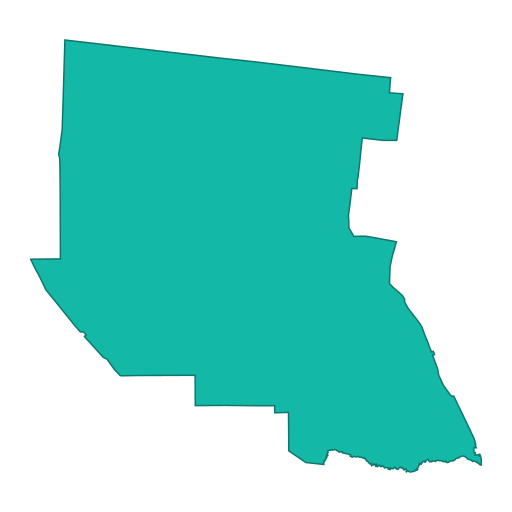 outline of Ischilín, Córdoba, Argentina
{"feature_id": "61730980B34793654756209", "entity_name": "Ischilín", "entity_type": "district", "adm_level": 2, "iso_a3": "ARG", "parent_name": "Argentina", "parent_adm1": "Córdoba", "projection": "albers", "projection_center": [-64.311, -30.414], "detail": "fine", "context": "isolated", "style": "filled", "palette": "teal", "viewbox_px": 512, "rotation_deg": 0, "n_neighbors": 0, "source": "geoboundaries", "source_scale": "gbopen_adm2", "svg_char_len": 5948}
<svg xmlns="http://www.w3.org/2000/svg" viewBox="0 0 512 512"><path d="M323.8,464.5L323.9,464.0L323.6,463.5L323.6,463.0L323.6,462.4L323.9,462.1L324.3,461.8L324.2,461.6L324.3,461.4L324.6,461.1L324.4,460.9L324.5,460.6L324.8,460.5L325.0,460.4L325.1,459.8L325.6,459.8L325.8,458.8L326.1,458.4L326.1,458.1L326.3,458.1L326.4,457.6L326.8,457.2L326.4,457.0L326.4,456.8L326.5,456.7L326.4,456.5L326.5,456.4L326.6,455.8L326.8,455.8L327.0,455.9L327.6,455.6L327.4,455.4L327.6,455.1L327.7,454.9L327.4,454.8L327.2,454.5L326.8,454.3L326.9,453.9L327.1,453.6L327.8,453.1L328.0,452.7L327.9,452.4L328.0,452.3L327.6,451.7L327.7,451.1L328.4,450.8L328.8,450.4L329.0,450.3L330.1,450.3L331.1,450.0L332.0,449.8L332.8,450.1L333.7,450.0L334.7,449.5L335.5,449.8L336.5,449.9L336.7,450.3L337.0,450.5L337.2,450.8L338.0,451.1L338.5,451.8L339.0,452.0L339.3,452.0L339.4,451.6L339.7,451.6L340.1,451.9L341.0,451.7L341.7,452.0L342.2,451.7L342.4,451.9L342.6,452.9L342.9,453.0L343.1,453.1L343.3,453.0L344.2,453.0L344.3,453.2L344.7,453.2L345.1,453.4L346.4,453.8L347.0,453.7L347.9,454.0L348.6,454.0L348.7,454.3L349.9,454.6L350.4,454.9L350.4,455.2L350.6,455.3L350.2,455.8L350.2,456.1L350.3,456.3L350.8,456.4L351.9,457.0L352.3,457.1L353.0,456.9L353.5,456.4L354.2,456.3L354.7,456.5L355.1,456.8L355.3,456.6L355.5,456.7L355.9,456.6L356.7,456.9L357.1,456.9L357.6,456.8L358.3,456.4L358.4,456.5L358.6,456.7L359.1,456.9L359.7,457.3L359.9,457.4L360.5,457.1L360.9,457.1L361.2,457.2L361.3,457.4L362.6,457.8L362.8,457.7L363.4,457.6L363.7,458.2L364.2,458.1L364.4,458.2L364.6,458.5L365.3,458.4L365.5,458.6L365.4,459.3L365.5,459.7L366.4,460.0L366.6,460.2L366.9,461.2L368.1,461.5L368.2,462.0L368.3,462.3L369.1,463.0L369.6,463.8L370.0,464.0L370.7,463.5L371.0,463.4L371.1,464.0L371.4,464.5L371.4,465.1L371.5,465.6L371.7,465.8L372.0,465.4L372.4,464.6L373.0,464.0L373.5,464.0L373.7,464.8L374.0,465.1L374.7,464.3L375.6,465.1L375.8,465.1L375.8,464.5L375.9,464.3L376.4,464.0L376.7,464.2L376.8,464.5L376.4,464.9L376.2,465.4L375.7,465.7L375.6,466.2L375.7,466.4L376.5,466.2L377.2,466.7L377.5,466.7L377.8,466.5L378.0,465.9L378.4,465.6L379.9,465.3L379.8,465.8L380.0,466.0L380.7,466.6L381.1,466.7L381.5,466.5L382.3,465.7L382.5,465.8L382.7,466.2L383.8,466.7L384.1,467.3L384.2,467.7L384.4,467.9L384.7,467.7L385.8,467.6L386.5,467.7L387.3,467.6L388.3,467.8L388.3,468.1L388.0,468.7L388.0,468.9L388.2,469.2L388.4,469.1L388.8,468.4L389.6,468.4L389.8,468.2L390.3,468.1L390.4,468.4L390.0,468.5L389.7,469.1L389.7,469.4L390.2,469.6L390.6,469.2L390.8,468.7L391.3,468.4L391.4,468.2L391.8,468.2L392.3,468.6L392.8,468.5L393.3,468.7L394.0,468.1L394.0,467.7L394.8,467.4L395.4,467.5L395.7,467.7L395.8,468.0L395.9,468.6L396.9,468.8L397.1,469.2L397.2,469.4L397.8,469.3L398.5,469.0L399.0,468.1L399.2,467.4L400.0,467.1L400.3,467.1L401.4,468.0L401.7,468.0L401.9,467.4L402.4,467.5L402.7,467.7L403.0,468.7L404.0,469.9L404.8,469.4L405.0,468.8L406.0,468.8L406.5,469.7L406.4,470.1L406.5,470.5L406.1,471.2L406.1,471.6L406.2,471.8L406.5,471.9L406.8,471.5L406.8,470.9L407.3,470.7L407.7,470.9L409.0,471.6L410.2,472.0L410.8,472.0L411.7,471.8L412.3,471.5L413.1,471.6L414.6,471.1L415.2,470.8L415.0,470.3L415.2,470.0L415.8,470.2L416.5,470.3L417.3,469.9L417.7,469.7L417.6,469.2L417.2,468.9L417.0,468.6L417.4,468.4L417.8,468.0L418.1,467.2L418.4,466.1L419.5,465.0L419.5,464.8L419.4,464.4L419.2,464.1L419.5,463.4L420.1,463.4L420.3,463.9L420.6,463.9L420.6,464.1L421.2,464.2L421.4,463.8L421.1,463.2L422.0,462.6L422.9,462.2L422.7,462.3L422.5,461.8L423.1,461.5L424.6,461.2L424.9,461.5L424.7,461.8L424.7,462.0L424.8,462.2L425.1,462.2L426.0,461.2L426.4,460.2L427.3,459.7L428.1,459.4L428.5,459.5L428.6,460.0L428.5,460.4L428.7,460.7L429.2,461.2L429.4,461.6L429.6,461.8L430.4,461.6L431.3,461.8L431.6,461.8L432.2,461.3L432.4,460.8L432.7,461.0L434.8,461.1L435.3,461.2L435.6,461.5L435.9,461.3L436.1,460.9L436.1,460.6L436.3,460.4L437.8,460.3L439.2,460.7L440.7,460.6L443.8,461.8L444.5,461.6L445.0,461.1L445.5,461.0L445.9,461.2L446.1,462.3L446.3,462.4L447.9,462.5L449.5,461.7L450.4,461.0L451.2,460.6L451.8,461.0L453.3,460.8L453.8,460.5L454.2,460.0L454.4,459.9L454.9,459.9L455.6,458.9L456.0,458.7L457.0,458.2L457.9,458.2L458.9,457.7L459.9,457.0L461.3,456.3L462.2,456.0L464.2,456.2L465.1,456.7L465.7,457.4L466.6,457.8L467.5,458.8L468.1,459.3L470.8,460.0L471.2,460.3L471.8,460.5L472.2,461.2L472.8,461.5L473.1,461.4L473.3,461.4L473.9,461.1L474.6,461.0L475.2,461.5L475.5,461.6L475.7,461.9L476.3,462.0L476.7,462.4L477.6,462.3L477.8,462.9L478.0,463.2L478.8,463.7L479.7,464.6L480.3,464.5L480.7,465.0L481.3,465.0L481.3,462.7L481.1,458.1L480.4,455.8L479.8,454.3L479.6,454.3L480.3,455.9L479.8,456.1L479.3,454.8L475.1,455.0L475.3,452.6L474.0,452.5L473.9,449.7L473.8,448.8L474.3,447.4L475.3,447.7L476.3,447.8L475.1,444.2L475.7,444.0L474.7,441.3L474.9,441.1L473.9,438.0L470.7,431.3L453.7,396.0L451.6,396.2L451.3,396.0L448.9,393.0L444.1,386.3L443.4,385.3L442.4,383.2L438.8,375.3L438.6,374.5L437.8,369.9L437.5,368.6L432.6,355.3L432.9,355.3L434.5,354.5L433.3,351.3L431.7,352.0L431.5,351.6L431.3,351.7L426.7,339.4L425.0,335.6L422.0,327.2L420.0,323.8L416.4,319.0L408.2,308.5L404.7,302.1L404.5,301.4L404.7,300.0L404.6,299.3L404.4,298.7L402.5,295.8L400.9,294.1L392.8,287.1L389.5,283.6L389.7,276.5L390.1,266.4L392.3,256.2L396.4,241.8L372.9,237.4L365.4,236.2L353.8,236.3L348.8,227.7L348.8,221.7L348.4,215.5L349.9,204.6L351.8,188.5L357.0,188.7L357.3,184.0L357.3,179.8L358.0,177.4L359.7,162.8L360.9,150.3L362.3,138.0L383.4,140.4L396.7,140.4L402.9,93.8L389.4,92.8L390.6,77.7L356.6,74.1L313.2,68.8L252.9,61.6L219.1,58.0L116.3,46.0L64.9,40.0L62.2,129.4L60.5,142.2L58.7,154.5L59.6,157.7L59.9,164.1L60.2,192.3L60.4,258.9L30.7,259.2L33.6,265.4L36.9,271.8L38.1,273.7L43.5,284.7L45.8,289.7L75.4,326.3L80.4,331.9L83.6,332.0L86.2,334.9L84.4,336.5L103.3,357.4L106.5,358.8L107.3,359.6L114.7,369.9L120.2,375.6L122.4,375.8L138.2,375.5L195.1,375.3L195.3,405.6L224.7,405.4L253.4,405.7L274.6,405.7L274.8,412.8L288.5,412.4L288.8,450.9L305.8,462.5L323.8,464.5Z" fill="#14b8a6" stroke="#0f766e" stroke-width="1.5"/></svg>